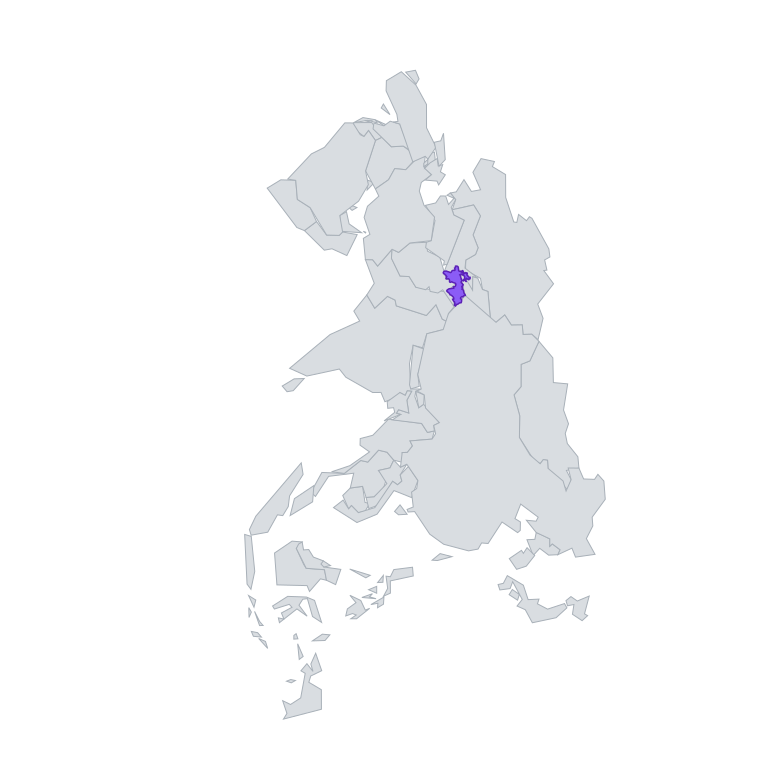 Tajikistan on a map of Asia (Robinson projection), rotated 74°
{"feature_id": "TJK", "entity_name": "Tajikistan", "entity_type": "country or territory", "adm_level": 0, "iso_a3": "TJK", "parent_name": "Asia", "parent_adm1": "", "projection": "robinson", "projection_center": [70.744, 38.86], "detail": "fine", "context": "in_parent", "style": "filled", "palette": "violet", "viewbox_px": 768, "rotation_deg": 74, "n_neighbors": 45, "source": "natural_earth", "source_scale": "50m", "svg_char_len": 17094}
<svg xmlns="http://www.w3.org/2000/svg" viewBox="0 0 768 768"><g transform="rotate(74 384 384)"><path d="M383.9,223.7L376.9,228.2L374.7,236.7L365.3,234.8L362.5,245.3L350.9,248.9L355.6,259.3L352.9,264.2L323.7,258.6L320.3,263.3L309.1,262.1L296.7,274.2L287.4,271.2L284.7,260.3L279.0,256.0L265.2,257.3L249.0,245.0L236.6,248.5L235.3,270.4L226.6,264.3L218.7,267.5L219.2,261.6L209.6,250.8L223.0,246.9L223.9,237.6L205.0,240.2L194.1,228.6L200.6,216.5L204.9,219.9L216.2,209.4L238.2,215.6L264.0,214.6L265.3,211.8L258.1,207.9L266.3,202.0L263.3,198.1L265.5,196.1L299.6,188.3L307.6,189.5L309.0,195.4L319.4,196.0L319.0,199.1L334.4,193.4L349.5,214.2L364.7,213.0L383.9,223.7Z" fill="#d9dde1" stroke="#a8b0b8" stroke-width="1"/><path d="M235.3,270.4L236.6,248.5L249.0,245.0L265.2,257.3L279.0,256.0L284.7,260.3L287.4,271.2L294.9,274.2L308.1,264.7L305.4,269.1L318.3,273.0L312.1,277.3L306.3,276.8L306.6,272.4L300.1,273.8L296.2,280.9L292.1,280.6L295.4,289.2L292.6,295.2L248.7,261.8L240.8,270.3L235.3,270.4Z" fill="#d9dde1" stroke="#a8b0b8" stroke-width="1"/><path d="M679.4,533.8L678.4,573.0L673.9,568.1L660.5,568.7L666.3,562.2L662.8,550.6L640.4,539.5L636.8,542.9L631.6,535.2L640.7,531.5L633.0,531.5L624.0,523.9L642.4,522.9L644.5,534.9L650.0,538.5L660.6,528.5L679.4,533.8ZM593.5,571.6L590.5,579.1L585.3,579.7L588.2,574.0L593.5,571.6ZM642.8,559.6L642.4,555.1L644.6,550.9L645.7,555.5L642.8,559.6ZM556.8,493.4L553.8,498.8L562.9,512.8L556.6,513.5L547.6,542.3L516.3,535.8L509.7,515.7L513.3,506.2L517.9,513.6L535.4,510.9L539.7,509.6L546.1,492.4L556.8,493.4ZM609.9,538.6L623.6,536.8L625.4,541.4L609.9,538.6ZM604.4,541.0L600.8,539.9L599.8,537.3L605.2,537.0L604.4,541.0ZM610.2,505.2L614.3,511.4L611.2,523.6L607.5,512.2L610.2,505.2ZM572.9,510.4L596.0,509.7L587.8,516.8L569.2,516.8L568.5,521.4L573.2,526.7L586.0,521.9L576.2,529.7L584.6,550.3L579.7,550.0L582.4,545.0L575.8,545.7L573.3,534.0L569.7,535.8L570.1,551.4L566.7,552.3L561.6,535.1L567.4,517.3L572.9,510.4ZM571.2,578.1L561.7,575.6L566.7,574.4L571.2,578.1ZM566.9,571.1L578.0,569.0L582.8,566.8L581.9,570.2L566.9,571.1ZM556.3,566.8L562.7,570.5L550.0,572.5L556.3,566.8ZM493.9,553.6L528.5,559.9L544.7,568.5L538.6,570.8L490.2,559.4L493.9,553.6ZM480.4,522.5L494.4,536.6L492.7,553.4L486.8,553.5L475.7,543.6L437.0,485.3L448.6,486.7L465.5,505.6L475.4,509.8L482.6,517.6L480.4,522.5Z" fill="#d9dde1" stroke="#a8b0b8" stroke-width="1"/><path d="M594.1,574.6L598.8,568.9L606.1,568.7L594.1,574.6Z" fill="#d9dde1" stroke="#a8b0b8" stroke-width="1"/><path d="M131.3,318.4L126.1,326.9L124.4,341.1L122.1,330.8L127.5,319.6L131.3,318.4Z" fill="#d9dde1" stroke="#a8b0b8" stroke-width="1"/><path d="M135.8,312.9L127.7,319.5L135.3,310.5L135.8,312.9Z" fill="#d9dde1" stroke="#a8b0b8" stroke-width="1"/><path d="M129.3,323.7L125.5,330.0L127.6,322.9L129.3,323.7Z" fill="#d9dde1" stroke="#a8b0b8" stroke-width="1"/><path d="M129.3,323.7L146.3,317.8L147.6,325.1L136.1,329.0L140.6,335.0L130.1,342.9L124.4,341.1L129.3,323.7Z" fill="#d9dde1" stroke="#a8b0b8" stroke-width="1"/><path d="M208.0,372.6L220.5,373.4L232.4,363.8L225.4,383.1L209.9,380.1L208.0,372.6Z" fill="#d9dde1" stroke="#a8b0b8" stroke-width="1"/><path d="M204.1,369.6L203.9,365.2L206.9,361.4L208.3,366.8L204.1,369.6Z" fill="#d9dde1" stroke="#a8b0b8" stroke-width="1"/><path d="M187.7,337.7L192.9,346.8L183.6,343.5L187.7,337.7Z" fill="#d9dde1" stroke="#a8b0b8" stroke-width="1"/><path d="M147.6,325.1L146.3,317.8L158.0,311.5L160.6,299.9L168.7,293.8L178.4,295.1L184.0,304.0L179.9,314.3L188.9,323.3L194.1,338.5L174.1,343.0L147.6,325.1Z" fill="#d9dde1" stroke="#a8b0b8" stroke-width="1"/><path d="M226.5,381.9L233.0,368.6L250.3,384.3L239.7,396.7L238.9,404.5L214.6,418.2L209.2,404.1L225.0,398.1L228.8,386.1L226.5,381.9ZM233.7,360.2L231.5,361.8L233.1,359.7L233.7,360.2Z" fill="#d9dde1" stroke="#a8b0b8" stroke-width="1"/><path d="M474.7,445.1L476.5,432.8L492.6,434.9L494.9,430.7L500.9,437.0L500.6,444.1L491.9,448.8L494.3,452.4L479.8,454.4L474.7,445.1Z" fill="#d9dde1" stroke="#a8b0b8" stroke-width="1"/><path d="M488.2,432.5L476.5,432.8L474.7,445.1L461.4,437.7L457.5,462.7L473.2,480.9L468.0,484.1L451.9,468.1L459.0,446.8L451.1,427.4L454.6,421.1L446.1,407.5L450.4,399.9L459.9,395.6L466.3,401.4L465.6,413.1L476.6,408.3L484.7,413.6L489.8,424.7L488.2,432.5Z" fill="#d9dde1" stroke="#a8b0b8" stroke-width="1"/><path d="M499.6,432.9L488.2,432.5L489.8,424.7L480.5,408.7L465.6,413.1L466.3,401.4L459.9,395.6L468.5,391.1L467.4,384.2L475.9,393.5L482.3,393.6L484.6,398.8L479.9,402.5L498.8,422.7L499.6,432.9Z" fill="#d9dde1" stroke="#a8b0b8" stroke-width="1"/><path d="M459.9,395.6L450.4,399.9L446.1,407.5L454.6,421.1L451.1,427.4L459.0,446.8L453.9,458.6L453.1,439.4L445.3,416.6L436.2,423.9L429.9,421.9L430.2,408.9L419.0,389.3L432.3,358.7L442.5,355.6L443.0,348.5L450.2,353.0L445.9,374.7L451.4,373.7L456.2,380.4L454.9,385.4L464.9,387.0L459.9,395.6Z" fill="#d9dde1" stroke="#a8b0b8" stroke-width="1"/><path d="M484.3,455.3L494.3,452.4L491.9,448.8L500.6,444.1L500.3,426.9L479.9,402.5L484.6,398.8L482.3,393.6L475.9,393.5L470.0,383.3L486.1,378.0L500.8,388.8L489.2,403.8L507.2,426.5L509.7,448.2L488.9,466.6L484.3,455.3Z" fill="#d9dde1" stroke="#a8b0b8" stroke-width="1"/><path d="M596.0,263.9L593.9,272.9L584.9,279.6L590.0,287.9L573.1,289.5L574.9,281.8L568.7,278.6L571.8,274.7L578.6,267.3L585.7,269.4L584.1,266.3L591.9,260.4L596.0,263.9Z" fill="#d9dde1" stroke="#a8b0b8" stroke-width="1"/><path d="M580.8,291.6L590.4,286.4L598.3,297.4L598.7,307.6L586.4,311.7L581.8,297.7L585.2,296.7L580.8,291.6Z" fill="#d9dde1" stroke="#a8b0b8" stroke-width="1"/><path d="M385.7,223.3L405.4,214.5L429.3,220.8L434.5,207.4L458.5,218.6L473.1,217.6L481.5,223.4L491.8,224.2L507.4,217.7L518.6,219.8L517.3,232.5L527.6,230.5L537.1,236.4L510.3,249.6L502.4,247.8L500.6,251.7L503.7,255.9L497.9,261.1L472.8,268.6L452.0,262.3L430.3,262.0L424.3,253.0L402.9,246.8L402.0,237.4L385.7,223.3Z" fill="#d9dde1" stroke="#a8b0b8" stroke-width="1"/><path d="M443.0,348.5L442.5,355.6L432.3,358.7L420.8,385.9L417.8,376.4L415.6,380.2L412.7,377.1L418.7,368.2L405.9,366.5L398.6,359.4L397.0,363.5L400.8,366.7L396.6,371.1L399.8,372.7L401.3,388.0L391.3,389.2L389.1,397.2L367.0,418.8L357.3,422.8L355.1,456.0L342.9,470.4L321.6,422.2L316.8,390.0L305.6,392.9L293.7,376.0L308.6,372.0L300.7,356.5L306.4,350.2L312.3,350.6L329.8,324.4L322.1,312.2L337.7,310.1L342.4,305.1L348.0,312.1L347.5,329.0L359.8,337.0L354.8,345.3L371.4,353.9L396.1,359.6L399.1,349.6L399.9,355.5L404.6,357.8L416.4,357.1L414.4,351.5L436.4,341.4L437.5,347.6L443.0,348.5Z" fill="#d9dde1" stroke="#a8b0b8" stroke-width="1"/><path d="M417.8,376.4L419.5,394.1L414.2,381.5L409.4,381.3L408.4,387.1L401.9,385.8L396.6,371.1L400.8,366.7L397.0,363.5L398.6,359.4L405.9,366.5L418.7,368.2L412.7,377.1L415.6,380.2L417.8,376.4Z" fill="#d9dde1" stroke="#a8b0b8" stroke-width="1"/><path d="M414.4,351.5L416.4,357.1L399.9,355.5L405.6,348.3L414.4,351.5Z" fill="#d9dde1" stroke="#a8b0b8" stroke-width="1"/><path d="M396.0,350.8L396.1,359.6L391.8,359.7L354.8,345.3L361.8,335.5L384.2,348.9L396.0,350.8Z" fill="#d9dde1" stroke="#a8b0b8" stroke-width="1"/><path d="M342.4,305.1L337.7,310.1L322.1,312.2L329.8,324.4L312.3,350.6L306.4,350.2L300.7,356.5L308.6,372.0L293.7,376.0L284.5,365.6L259.3,367.6L261.4,360.7L268.9,357.6L256.7,339.1L265.2,342.2L284.6,338.8L287.7,330.2L299.8,326.7L312.5,299.0L328.9,295.3L334.2,302.7L342.4,305.1Z" fill="#d9dde1" stroke="#a8b0b8" stroke-width="1"/><path d="M277.3,295.4L299.4,295.2L307.3,287.2L312.5,297.7L319.5,293.1L328.9,295.3L309.6,301.6L311.4,307.1L307.7,314.1L302.9,313.9L304.9,317.9L299.8,326.7L287.7,330.2L284.6,338.8L265.2,342.2L256.7,339.1L261.5,333.7L255.6,320.2L259.5,304.2L268.3,305.6L277.3,295.4Z" fill="#d9dde1" stroke="#a8b0b8" stroke-width="1"/><path d="M308.1,264.7L320.3,263.3L323.7,258.6L352.9,264.2L321.4,281.5L300.8,281.0L301.2,277.5L318.3,273.0L305.4,269.1L308.1,264.7Z" fill="#d9dde1" stroke="#a8b0b8" stroke-width="1"/><path d="M218.7,267.5L226.6,264.3L232.8,270.7L240.8,270.3L248.7,261.8L286.3,290.3L286.1,293.9L282.3,292.1L264.5,306.4L259.5,304.2L259.2,299.1L240.9,289.9L223.7,294.9L224.2,284.4L218.8,277.9L220.3,272.9L229.2,272.5L224.8,265.5L219.9,271.4L218.7,267.5Z" fill="#d9dde1" stroke="#a8b0b8" stroke-width="1"/><path d="M194.1,338.5L188.9,323.3L179.9,314.3L184.0,304.0L176.2,290.3L176.5,281.6L186.1,285.7L195.9,280.6L200.5,292.6L208.3,296.9L223.2,296.3L237.4,289.4L259.2,299.1L255.6,320.2L261.5,333.7L256.7,339.1L268.9,357.6L261.4,360.7L259.3,367.6L238.3,363.7L236.3,356.3L218.4,357.2L208.6,350.9L202.0,337.2L194.1,338.5Z" fill="#d9dde1" stroke="#a8b0b8" stroke-width="1"/><path d="M130.4,321.8L135.8,312.9L133.1,305.6L138.4,297.2L166.4,294.7L160.6,299.9L158.0,311.5L135.8,324.2L130.4,321.8Z" fill="#d9dde1" stroke="#a8b0b8" stroke-width="1"/><path d="M187.9,285.5L174.8,276.6L175.0,271.6L184.5,273.3L187.9,285.5Z" fill="#d9dde1" stroke="#a8b0b8" stroke-width="1"/><path d="M178.4,295.1L138.4,297.2L134.7,303.1L135.4,298.2L128.3,297.3L102.8,301.2L93.1,298.1L88.6,281.3L105.5,270.9L127.0,266.1L149.5,272.5L170.7,268.7L180.0,279.9L176.5,281.6L178.4,295.1ZM91.1,267.3L100.4,266.2L104.4,270.4L90.2,277.2L91.1,267.3Z" fill="#d9dde1" stroke="#a8b0b8" stroke-width="1"/><path d="M365.4,473.1L364.7,479.3L357.9,482.4L354.3,469.0L356.7,459.2L365.4,473.1Z" fill="#d9dde1" stroke="#a8b0b8" stroke-width="1"/><path d="M509.4,409.0L504.6,401.9L515.6,397.7L513.7,406.1L509.4,409.0ZM321.4,281.5L355.6,259.3L350.9,248.9L362.5,245.3L365.3,234.8L374.7,236.7L376.9,228.2L385.7,223.3L402.0,237.4L402.9,246.8L424.3,253.0L430.3,262.0L452.0,262.3L472.8,268.6L492.6,263.2L503.7,255.9L500.6,251.7L502.4,247.8L510.3,249.6L526.6,238.6L537.1,238.5L527.6,230.5L515.5,230.1L518.6,219.8L530.3,218.3L533.7,207.9L529.8,203.3L537.9,199.4L555.8,203.1L569.4,220.6L578.0,222.4L588.4,232.1L605.9,228.1L603.2,247.6L593.6,248.6L596.0,263.9L591.9,260.4L584.1,266.3L585.7,269.4L578.6,267.3L568.7,278.6L554.2,284.7L557.8,275.6L554.5,272.5L537.1,285.7L549.5,295.2L554.2,290.9L562.3,293.4L563.7,296.5L549.2,308.6L566.0,327.9L563.7,334.0L568.6,339.1L567.7,348.7L554.5,370.8L541.0,381.4L515.1,389.7L513.7,396.1L510.9,396.4L510.3,389.8L495.5,387.3L493.5,381.4L486.1,378.0L467.4,384.2L468.5,391.1L454.9,385.4L456.2,380.4L451.4,373.7L445.9,374.7L450.2,353.0L446.0,348.1L437.5,347.6L436.4,341.4L418.5,350.7L405.6,348.3L399.7,354.3L399.1,349.6L384.2,348.9L347.5,329.0L348.0,312.1L334.2,302.7L321.4,281.5Z" fill="#d9dde1" stroke="#a8b0b8" stroke-width="1"/><path d="M568.7,366.3L568.4,381.4L566.6,386.3L562.5,376.8L568.7,366.3Z" fill="#d9dde1" stroke="#a8b0b8" stroke-width="1"/><path d="M189.3,267.1L195.6,271.3L199.8,267.4L207.7,276.6L203.6,277.1L199.3,288.2L195.9,280.6L187.9,285.5L184.1,278.7L181.9,270.7L189.2,271.8L189.3,267.1ZM186.1,285.7L182.8,284.9L180.0,279.9L184.5,281.3L186.1,285.7Z" fill="#d9dde1" stroke="#a8b0b8" stroke-width="1"/><path d="M159.4,257.7L185.2,263.3L189.9,271.1L165.5,269.0L165.9,262.4L159.4,257.7Z" fill="#d9dde1" stroke="#a8b0b8" stroke-width="1"/><path d="M573.1,444.9L567.8,437.4L574.3,439.7L573.1,444.9ZM583.1,464.1L582.4,452.9L584.6,456.6L588.2,450.8L583.1,464.1ZM595.7,459.6L602.1,475.1L600.5,480.6L598.4,474.4L596.0,477.5L596.4,484.7L590.1,481.2L586.5,471.2L577.7,475.0L585.7,466.0L596.2,464.3L595.7,459.6ZM565.3,454.9L552.4,468.0L564.1,450.0L565.3,454.9ZM576.6,408.8L575.0,432.2L586.8,435.5L587.8,442.9L581.5,436.8L569.3,435.0L571.0,431.0L565.1,425.7L568.0,407.1L576.6,408.8ZM577.5,455.5L576.5,446.8L583.1,448.7L577.5,455.5ZM595.5,445.2L597.3,451.9L593.1,450.3L592.4,457.4L588.8,442.8L595.5,445.2Z" fill="#d9dde1" stroke="#a8b0b8" stroke-width="1"/><path d="M462.3,479.4L477.6,485.1L484.6,510.5L469.5,501.7L462.3,479.4ZM556.8,493.4L546.1,492.4L539.7,509.6L517.9,513.6L514.3,510.2L513.3,506.2L521.3,507.1L522.4,502.0L530.9,499.6L537.3,491.1L543.3,492.3L550.3,476.6L563.5,485.8L556.8,493.4Z" fill="#d9dde1" stroke="#a8b0b8" stroke-width="1"/><path d="M543.8,485.5L543.3,492.3L539.7,494.2L537.3,491.1L543.8,485.5Z" fill="#d9dde1" stroke="#a8b0b8" stroke-width="1"/><path d="M656.1,283.0L654.4,307.2L639.9,310.4L634.1,317.3L629.2,310.5L609.5,314.8L615.4,319.2L613.9,329.4L608.2,329.6L608.5,324.2L602.2,318.3L615.8,305.5L631.0,304.9L633.5,294.3L637.6,297.1L645.5,288.8L644.8,271.0L649.6,269.9L656.1,283.0ZM660.2,254.6L662.8,252.1L666.1,258.8L657.3,266.3L648.3,262.2L647.8,268.7L642.4,268.8L639.9,262.9L645.9,258.0L644.4,245.2L660.2,254.6ZM616.9,317.3L623.6,311.9L628.6,315.2L621.0,321.8L616.9,317.3Z" fill="#d9dde1" stroke="#a8b0b8" stroke-width="1"/><path d="M209.2,404.1L214.6,418.2L209.6,424.6L163.5,442.3L159.3,426.9L163.9,412.7L182.7,416.4L194.1,406.4L209.2,404.1Z" fill="#d9dde1" stroke="#a8b0b8" stroke-width="1"/><path d="M124.5,341.9L137.8,338.1L140.6,335.0L136.1,329.0L147.6,325.1L174.1,343.0L188.1,344.1L201.2,358.0L209.9,380.1L226.5,381.9L228.8,386.1L225.0,398.1L194.1,406.4L182.7,416.4L163.9,412.7L160.5,420.1L142.8,390.4L140.1,376.0L122.2,349.7L124.5,341.9Z" fill="#d9dde1" stroke="#a8b0b8" stroke-width="1"/><path d="M126.7,304.0L117.9,310.6L114.7,307.4L126.7,304.0Z" fill="#d9dde1" stroke="#a8b0b8" stroke-width="1"/><path d="M292.2,295.1L292.4,294.6L292.5,293.2L292.8,292.7L293.5,291.8L293.9,291.1L294.3,290.5L294.6,290.3L294.9,289.9L295.2,289.4L295.2,289.1L295.2,288.8L295.1,288.7L294.7,288.3L294.2,287.8L293.9,287.3L293.8,286.6L293.8,286.1L294.3,284.8L294.2,284.6L294.0,284.3L293.8,284.2L293.3,284.2L292.9,284.2L292.4,284.2L292.0,284.2L291.9,283.5L291.8,283.3L291.7,283.2L290.6,282.9L290.4,282.8L290.4,282.7L290.8,281.3L290.9,281.2L291.1,281.0L291.3,280.8L292.2,280.4L293.1,280.6L294.0,280.7L294.8,280.8L295.1,280.9L295.5,281.0L295.8,280.9L296.1,280.7L296.5,280.3L296.6,279.7L296.7,279.1L297.0,279.1L297.3,279.0L297.4,278.8L297.4,278.7L297.5,278.7L297.7,278.8L297.8,278.8L297.8,278.7L297.6,278.4L297.5,278.1L297.5,277.9L298.0,277.7L298.3,277.7L298.3,277.4L298.1,277.3L297.4,277.4L296.7,277.4L296.7,277.1L296.8,277.0L298.3,276.8L299.0,276.9L299.6,277.0L299.8,277.0L299.6,276.4L299.9,276.4L300.0,276.2L299.5,274.8L299.8,274.6L300.1,274.4L300.0,273.8L300.3,273.6L300.5,273.4L301.0,273.6L301.6,274.1L301.8,274.2L302.0,274.2L302.3,274.1L303.4,273.6L304.1,273.3L304.8,272.8L305.0,272.7L305.2,272.0L305.4,272.0L305.5,272.1L306.2,272.7L306.6,273.1L306.6,273.3L306.5,273.5L307.1,273.7L307.1,273.8L306.9,274.0L306.1,274.8L305.3,275.4L305.2,275.5L305.2,275.9L305.3,276.0L305.7,276.1L306.0,276.2L306.1,276.5L306.3,276.9L306.6,276.9L307.8,276.7L308.1,276.7L308.1,276.8L308.0,277.0L307.0,277.4L306.5,277.6L306.4,278.1L306.3,278.3L306.1,278.4L305.9,278.4L305.6,277.8L305.2,277.7L304.7,277.5L303.7,277.1L303.2,276.9L302.2,277.2L301.1,277.6L300.9,277.8L300.8,278.0L300.9,278.4L300.8,278.6L300.6,278.7L300.3,278.4L300.0,278.3L299.9,278.6L299.7,279.2L299.6,279.6L299.9,280.1L299.9,281.0L300.4,280.9L300.7,280.9L301.4,280.7L301.7,280.7L302.3,280.8L303.2,280.8L303.9,280.8L304.0,280.8L304.2,280.6L304.4,280.7L304.6,280.9L305.3,280.6L305.8,280.6L306.2,280.7L306.4,280.7L306.7,281.3L307.0,281.6L307.3,281.8L308.3,281.7L308.6,281.2L308.9,281.0L309.3,281.0L309.6,280.9L309.9,280.7L310.3,280.5L310.6,280.5L310.8,280.8L310.8,281.0L310.7,281.3L310.9,281.4L311.6,281.4L311.9,281.6L311.9,281.9L311.8,282.3L312.1,282.5L313.1,282.0L313.4,282.0L313.6,282.3L313.9,282.6L314.3,282.9L314.6,282.5L314.9,282.1L315.6,282.0L315.9,281.9L316.3,281.8L317.5,282.0L317.8,282.0L318.6,282.0L319.2,281.9L319.7,281.7L320.0,281.5L320.4,281.4L320.9,281.4L321.2,281.4L321.2,281.7L321.1,282.3L321.1,282.7L321.5,283.5L321.7,283.9L322.0,284.1L322.1,284.3L322.0,284.5L321.7,284.6L321.6,284.8L321.5,285.0L321.8,285.9L322.1,286.5L322.4,286.7L322.9,286.9L323.2,286.9L323.4,286.5L323.7,286.1L324.0,286.2L324.4,286.2L325.6,286.5L326.7,287.1L327.0,287.3L327.2,287.7L326.9,288.5L326.9,289.0L327.0,289.5L327.2,289.9L327.5,290.5L327.5,291.1L327.6,291.3L327.7,291.5L327.6,292.0L327.5,292.5L328.0,292.9L328.5,293.4L328.7,293.8L328.5,294.0L328.1,294.3L327.7,294.6L327.2,294.4L326.7,294.0L326.4,293.7L325.7,293.8L325.3,293.7L324.8,293.6L324.4,293.6L324.1,293.9L324.0,294.1L323.5,294.2L322.9,294.4L321.9,294.7L321.4,294.7L321.4,294.3L321.7,294.1L321.8,293.8L321.7,293.6L321.4,293.5L321.2,293.4L320.6,293.3L320.1,293.3L319.2,293.6L317.7,294.5L317.0,295.1L316.5,295.9L315.0,296.2L314.0,296.7L313.0,297.5L312.3,297.9L311.9,298.0L311.6,297.9L311.3,297.7L310.9,297.0L310.6,296.0L310.4,295.3L310.5,294.5L310.7,293.5L310.8,292.5L311.0,291.3L311.1,290.9L311.2,290.6L310.7,290.5L310.2,290.7L309.9,290.7L309.7,290.6L309.7,290.1L309.9,289.1L309.5,288.3L308.5,287.6L307.7,287.4L307.0,287.6L306.4,288.1L305.9,289.0L305.4,289.7L304.9,290.2L304.5,290.5L304.4,290.6L304.3,290.8L304.6,291.5L304.6,292.1L304.3,292.6L303.9,292.8L303.6,292.8L303.3,292.7L303.0,292.5L302.5,292.4L301.5,292.5L300.8,292.8L300.5,293.2L300.4,293.7L300.5,294.3L300.4,294.8L300.1,295.2L299.9,295.4L299.7,295.4L299.3,295.1L298.6,294.5L298.2,294.1L297.8,294.1L297.7,294.2L297.6,294.3L297.5,294.5L297.3,294.5L297.0,294.5L296.7,294.5L296.1,295.0L295.3,295.3L294.9,295.6L294.8,295.9L294.7,296.0L293.8,296.4L293.2,296.3L292.6,295.7L292.3,295.3L292.2,295.1ZM306.8,279.2L306.4,279.4L306.1,279.4L305.9,279.2L305.7,278.8L305.8,278.8L306.2,278.9L306.6,279.0L306.8,279.1L306.8,279.2ZM306.6,272.6L306.4,272.6L306.2,272.3L306.1,272.1L306.4,272.2L306.6,272.4L306.6,272.6Z" fill="#8b5cf6" stroke="#5b21b6" stroke-width="1.5"/></g></svg>